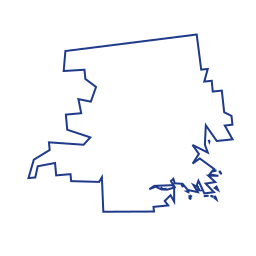 outline of Derby-West Kimberley, Western Australia, Australia, rotated 174°
{"feature_id": "25037944B76695994650709", "entity_name": "Derby-West Kimberley", "entity_type": "district", "adm_level": 2, "iso_a3": "AUS", "parent_name": "Australia", "parent_adm1": "Western Australia", "projection": "albers", "projection_center": [123.97, -17.504], "detail": "medium", "context": "isolated", "style": "outline", "palette": "blue", "viewbox_px": 256, "rotation_deg": 174, "n_neighbors": 0, "source": "geoboundaries", "source_scale": "gbopen_adm2", "svg_char_len": 1755}
<svg xmlns="http://www.w3.org/2000/svg" viewBox="0 0 256 256"><g transform="rotate(174 128 128)"><path d="M49.9,213.8L182.2,211.1L186.0,191.4L165.2,190.5L165.3,181.3L155.5,172.1L162.2,158.1L174.3,161.9L173.0,147.6L188.4,147.8L188.6,132.6L166.5,122.6L173.9,116.0L208.1,122.0L208.2,114.3L225.0,106.3L232.2,88.6L225.4,88.5L221.8,99.4L204.2,100.8L204.4,88.4L190.0,88.1L190.1,81.1L162.3,77.4L159.1,81.8L161.3,47.3L110.9,42.2L110.9,46.9L96.1,46.8L99.1,51.6L92.7,56.7L89.8,50.0L88.3,63.9L95.6,62.6L101.2,63.4L106.7,66.8L113.2,64.9L107.9,67.7L90.0,66.5L87.2,63.4L90.9,70.7L88.2,72.8L87.3,68.1L79.6,66.8L75.1,60.2L65.3,56.9L68.9,64.5L64.1,61.4L65.6,63.7L63.5,68.2L58.9,55.0L49.3,55.2L56.5,64.6L46.9,65.1L53.1,72.2L43.1,71.0L51.8,73.3L46.7,78.3L59.8,90.2L67.4,85.9L60.2,94.8L65.6,104.4L51.2,95.2L53.3,103.4L50.3,122.5L41.1,105.8L25.2,105.8L31.5,120.3L23.8,120.4L23.8,129.2L30.7,133.6L30.8,155.4L39.9,155.4L39.8,166.2L47.3,166.2L42.5,178.4L49.1,178.4L49.9,213.8ZM56.1,52.3L59.8,52.3L54.9,52.2L56.1,52.3ZM45.0,56.9L46.1,60.5L48.0,59.3L45.0,56.9ZM39.8,72.2L41.4,75.8L41.5,74.6L39.8,72.2ZM44.6,76.3L47.2,77.4L48.1,76.0L44.6,76.3ZM64.7,59.1L66.7,60.1L63.1,58.1L64.7,59.1ZM72.6,50.7L74.1,52.4L74.1,51.5L72.6,50.7ZM80.8,66.1L80.0,64.6L79.6,63.4L79.7,65.0L80.8,66.1ZM47.9,49.7L49.1,51.5L48.8,50.5L49.5,50.6L47.9,49.7ZM48.4,106.2L49.1,107.7L48.6,105.7L48.4,106.2ZM61.7,57.5L61.9,58.7L61.9,58.0L61.7,57.5ZM74.2,59.2L74.7,59.1L74.6,58.8L76.1,58.8L74.6,57.8L74.2,59.2ZM73.8,54.7L72.7,53.0L72.3,53.5L73.8,54.7ZM53.0,51.6L50.4,50.7L51.8,51.8L53.0,51.6ZM97.3,63.2L96.1,63.6L99.2,63.6L97.3,63.2ZM47.5,47.7L47.9,49.3L48.9,49.1L47.5,47.7ZM101.0,64.9L102.0,64.1L100.6,64.5L101.0,64.9ZM62.9,58.9L64.2,60.4L64.1,59.9L62.9,58.9Z" fill="none" stroke="#1e3a8a" stroke-width="2"/></g></svg>